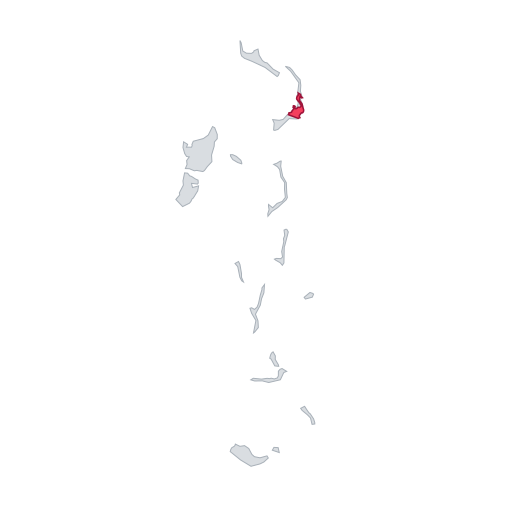 Central Abaco highlighted on a map of The Bahamas, rotated 42°
{"feature_id": "BHS-5015", "entity_name": "Central Abaco", "entity_type": "District", "adm_level": 1, "iso_a3": "BHS", "parent_name": "The Bahamas", "parent_adm1": "", "projection": "orthographic", "projection_center": [-77.217, 26.497], "detail": "fine", "context": "in_parent", "style": "filled", "palette": "rose", "viewbox_px": 512, "rotation_deg": 42, "n_neighbors": 0, "source": "natural_earth", "source_scale": "10m", "svg_char_len": 4414}
<svg xmlns="http://www.w3.org/2000/svg" viewBox="0 0 512 512"><g transform="rotate(42 256 256)"><path d="M160.1,215.4L160.0,222.1L160.5,227.0L160.0,228.8L154.6,232.1L153.2,233.9L148.1,235.7L145.0,238.3L143.5,234.1L140.6,231.5L140.1,227.0L137.8,228.5L134.5,227.6L129.1,224.2L125.8,219.6L130.5,218.8L131.5,221.7L135.3,218.2L134.5,216.4L133.8,216.1L132.6,212.7L138.3,203.9L139.6,198.1L137.1,188.9L139.5,188.3L145.9,191.6L148.7,194.8L148.8,199.1L151.5,202.5L155.4,210.7L160.1,215.4ZM164.3,240.5L164.4,241.7L159.4,245.2L163.0,247.6L166.4,242.3L169.1,246.6L170.6,254.8L170.3,256.2L170.6,257.4L171.1,259.0L171.2,261.3L168.4,268.4L158.6,267.6L158.4,261.6L156.8,260.4L154.6,251.9L151.5,249.1L147.3,242.0L149.8,240.2L153.1,240.8L154.8,240.0L159.4,239.3L162.2,238.4L164.3,240.5ZM399.7,403.8L398.1,407.8L393.0,415.6L381.0,417.9L367.7,418.6L366.7,416.6L366.3,414.7L367.2,411.9L367.1,410.7L366.5,409.6L371.4,408.2L374.4,404.6L379.4,403.9L385.7,406.2L389.1,406.2L394.0,403.3L397.9,397.2L400.3,397.9L399.7,403.8ZM185.9,150.1L184.8,150.6L180.6,145.1L177.1,143.5L182.5,139.6L184.8,136.3L184.8,129.1L186.1,125.1L185.6,121.6L186.8,118.1L185.2,114.2L180.8,111.1L172.0,98.6L158.1,95.5L150.9,95.4L154.8,93.4L158.5,93.6L164.1,94.9L170.8,95.5L175.0,99.1L178.9,104.0L182.4,106.0L183.9,107.2L183.7,108.6L184.3,109.9L189.0,112.2L193.7,115.9L195.0,126.6L188.7,131.7L187.6,147.3L185.9,150.1ZM124.0,104.7L129.9,106.5L133.1,106.2L135.0,105.1L143.7,105.7L150.8,104.1L151.8,107.0L151.6,108.5L136.6,109.8L122.8,114.0L115.2,116.8L111.6,117.0L108.9,115.5L99.9,106.6L102.3,107.5L109.0,112.5L113.2,111.7L117.1,108.4L117.7,106.0L117.2,104.8L119.0,100.9L124.0,104.7ZM214.3,172.8L222.5,178.9L229.4,181.2L237.0,188.9L240.2,191.6L240.8,194.1L239.7,205.5L238.0,212.4L238.3,218.5L236.5,216.7L234.7,212.8L231.8,210.5L230.8,209.3L236.1,209.0L236.5,202.8L239.0,197.9L238.6,192.8L232.4,187.2L228.2,182.3L221.7,180.7L215.7,175.9L212.2,175.3L207.8,176.1L209.4,173.2L210.5,169.3L211.2,168.6L214.3,172.8ZM305.9,313.4L305.6,314.8L299.1,304.0L291.1,301.5L286.5,298.9L287.4,297.4L290.6,296.7L291.0,293.3L289.6,289.5L285.3,282.1L282.9,277.0L281.8,275.8L281.4,271.5L286.5,278.1L288.7,284.0L292.1,289.7L294.5,299.6L300.9,302.9L305.6,307.6L305.9,313.4ZM338.6,349.8L335.0,351.5L335.8,348.7L342.5,343.8L346.1,339.5L348.3,337.9L349.0,336.7L351.9,335.1L353.4,332.4L352.9,330.2L349.7,326.6L349.7,324.0L350.7,322.2L356.0,321.2L354.6,324.0L356.9,331.7L350.1,341.5L344.2,344.6L338.6,349.8ZM281.4,242.5L281.8,245.3L278.5,244.8L273.5,245.9L271.8,246.0L272.8,244.1L276.2,241.4L276.4,239.0L272.1,235.5L267.1,226.8L264.8,224.7L263.6,221.5L259.5,218.0L260.3,216.1L261.1,215.6L263.9,216.5L270.4,229.0L270.8,230.2L281.4,242.5ZM397.1,336.4L400.3,337.1L402.0,337.0L407.8,338.5L411.3,340.6L412.1,341.5L410.3,343.6L404.9,339.9L400.2,339.6L393.7,339.9L391.1,339.3L392.7,335.2L397.1,336.4ZM345.5,321.9L346.7,322.8L343.5,325.1L336.2,322.5L334.6,322.8L333.1,319.9L332.5,317.8L332.8,315.8L337.2,317.3L339.5,320.0L345.5,321.9ZM179.8,198.8L174.2,199.9L170.2,198.8L169.2,197.8L170.9,196.3L174.7,195.1L180.7,195.0L183.4,196.5L183.7,197.1L179.8,198.8ZM264.1,283.7L262.0,284.0L258.3,282.6L249.5,276.1L245.4,275.6L246.7,271.8L249.8,273.1L256.9,278.7L259.6,281.6L264.1,283.7ZM325.4,248.9L321.5,254.9L319.4,254.5L320.5,247.0L323.2,245.8L324.3,245.8L325.4,248.9ZM404.8,386.5L398.1,389.4L397.4,386.2L400.7,383.6L404.8,386.5Z" fill="#d9dde1" stroke="#a8b0b8" stroke-width="1"/><path d="M185.6,129.3L185.5,128.6L184.7,127.7L186.2,125.4L186.1,124.9L185.7,124.3L185.6,120.4L186.4,120.4L186.9,120.1L187.3,119.6L187.6,118.9L187.7,118.6L187.6,117.6L187.8,117.2L188.1,117.0L188.4,116.8L188.7,116.7L189.2,115.8L189.4,114.8L189.0,114.0L187.3,113.6L186.2,113.0L181.6,112.3L180.8,111.8L180.2,110.9L179.6,109.5L179.9,109.2L179.9,108.8L179.8,108.3L179.2,107.6L179.0,107.0L178.8,106.7L178.6,106.6L180.9,106.1L181.9,106.8L183.0,107.2L184.6,107.3L184.2,107.9L183.6,108.1L182.0,108.0L182.7,109.5L183.7,110.7L185.0,111.5L188.0,112.0L189.3,112.7L191.7,114.4L193.5,115.4L194.0,115.9L194.5,116.6L194.8,117.6L194.8,118.5L194.2,118.9L194.0,119.3L194.0,121.7L194.2,122.6L194.7,123.2L195.3,123.5L196.1,123.8L195.4,125.0L195.4,125.4L185.6,129.3ZM185.0,118.7L185.3,118.9L185.4,119.1L185.2,119.2L185.1,119.3L185.0,120.0L185.1,120.7L184.8,120.9L184.6,120.9L184.0,120.7L183.8,120.1L183.6,119.7L183.3,119.4L183.4,119.2L183.6,119.2L183.8,119.0L184.1,118.7L184.5,118.6L185.0,118.7Z" fill="#f43f5e" stroke="#9f1239" stroke-width="1.5"/></g></svg>